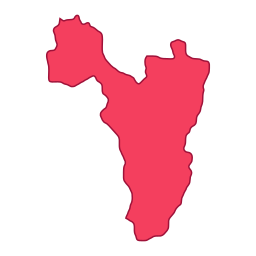 Cevicos, Sánchez Ramírez, Dominican Republic
{"feature_id": "3306468B8786854663218", "entity_name": "Cevicos", "entity_type": "district", "adm_level": 2, "iso_a3": "DOM", "parent_name": "Dominican Republic", "parent_adm1": "Sánchez Ramírez", "projection": "natural_earth1", "projection_center": [-70.001, 19.019], "detail": "fine", "context": "isolated", "style": "filled", "palette": "rose", "viewbox_px": 256, "rotation_deg": 0, "n_neighbors": 0, "source": "geoboundaries", "source_scale": "gbopen_adm2", "svg_char_len": 5712}
<svg xmlns="http://www.w3.org/2000/svg" viewBox="0 0 256 256"><path d="M80.9,22.0L80.1,20.7L79.6,19.8L79.3,18.8L78.9,16.9L78.5,16.1L78.2,15.7L77.9,15.5L77.4,15.4L77.0,15.4L76.6,15.5L75.9,15.9L75.0,16.9L74.2,18.4L73.9,18.7L73.1,19.2L72.1,19.5L67.2,19.9L66.2,20.1L64.6,20.7L63.8,20.8L63.4,20.8L62.6,20.4L60.0,18.6L59.4,22.9L59.1,24.0L58.8,24.5L58.2,25.3L57.5,25.9L55.5,27.1L54.8,27.6L54.1,28.4L53.9,28.8L53.6,29.8L53.5,30.3L53.6,31.4L54.8,34.6L55.1,35.7L55.5,39.2L55.7,40.3L56.9,43.6L57.1,44.6L57.0,45.2L56.8,46.2L56.4,47.1L55.5,48.8L55.0,49.5L54.7,49.9L54.2,50.1L53.3,50.4L50.2,50.7L49.1,51.1L48.3,51.6L47.6,52.3L47.1,53.2L46.8,54.3L46.7,56.1L46.8,57.3L47.0,58.6L47.6,61.1L48.0,63.2L48.5,65.1L48.7,66.3L48.8,67.5L48.9,70.6L48.7,77.4L48.8,79.1L49.0,80.1L49.2,80.6L49.5,81.0L49.9,81.4L50.3,81.6L51.3,81.8L52.3,81.9L57.7,81.8L59.4,81.9L60.5,82.0L61.9,82.5L63.6,83.5L64.5,83.9L66.9,84.5L67.9,84.9L70.4,86.2L70.8,86.4L71.8,86.6L73.4,86.5L74.3,86.3L74.8,86.1L76.8,84.9L78.6,84.0L81.1,82.4L82.9,81.6L85.3,80.0L87.2,79.1L89.6,77.5L92.5,76.1L93.2,75.9L93.6,75.9L94.1,76.0L94.4,76.2L95.1,76.8L95.6,77.5L96.6,79.8L97.5,80.9L98.3,81.5L99.5,82.2L100.3,82.8L101.0,83.5L101.6,84.3L102.0,85.3L102.2,86.4L102.3,91.0L102.5,92.0L102.8,93.0L103.0,93.4L103.3,93.8L105.6,95.5L106.7,96.7L107.4,97.6L108.0,98.5L108.2,99.1L108.3,99.6L108.3,100.7L108.1,101.8L107.2,104.0L106.5,106.5L106.1,107.4L105.6,108.1L104.0,109.2L102.8,110.3L102.1,111.0L101.4,111.9L100.8,112.8L100.5,113.9L100.5,115.0L100.5,115.6L100.9,116.6L102.3,119.8L102.6,120.3L103.2,121.1L103.8,121.9L104.6,122.5L106.3,123.4L107.2,124.0L108.9,125.6L117.0,134.6L118.1,136.0L118.7,137.0L118.9,137.6L119.2,138.8L119.4,140.0L119.4,146.2L119.5,147.4L119.7,148.6L120.0,149.7L121.1,152.0L121.9,154.0L123.3,156.7L124.1,158.8L124.9,160.6L125.3,161.5L125.3,162.0L125.3,163.1L125.3,163.7L124.9,164.6L124.3,165.9L124.0,166.9L123.8,168.1L123.7,169.3L123.6,172.4L123.6,176.2L123.6,178.0L123.9,179.8L124.3,180.9L125.0,181.9L126.0,183.3L128.4,186.0L129.4,187.5L131.6,192.3L131.8,192.8L132.1,193.9L132.2,195.6L132.3,198.0L132.2,199.7L131.9,201.5L131.6,202.5L130.6,204.8L130.3,205.9L129.9,208.1L129.6,209.1L128.3,211.9L127.6,214.0L126.5,216.3L126.1,217.3L125.9,218.2L127.8,219.2L129.8,220.6L132.0,221.7L132.8,222.4L133.4,223.1L133.9,224.0L134.1,224.6L134.3,225.8L134.4,227.0L134.4,230.8L134.6,232.6L134.9,233.7L135.9,236.1L136.5,238.3L136.9,239.3L137.3,239.7L137.6,240.0L138.4,240.3L139.5,240.5L142.4,240.6L143.9,240.6L145.5,240.5L146.5,240.3L147.4,239.9L149.5,238.7L151.3,237.8L153.3,236.6L154.2,236.3L155.8,236.0L160.4,235.9L161.5,235.6L162.4,235.2L163.3,234.6L164.1,233.9L165.2,232.7L167.0,230.6L167.6,229.6L168.1,228.6L168.4,227.5L168.5,226.3L168.6,222.3L168.6,221.1L168.8,220.0L169.2,218.9L170.1,217.5L173.0,214.1L174.0,212.8L174.5,211.9L175.4,209.9L176.3,208.4L177.0,207.6L178.1,206.4L178.9,205.7L180.4,204.6L180.7,204.2L180.9,203.8L181.2,202.9L181.6,199.1L181.8,198.0L182.0,197.5L183.1,195.2L184.1,192.7L186.0,189.3L186.3,188.3L186.7,187.4L188.6,184.7L189.2,183.7L189.6,182.7L189.8,181.5L190.2,178.1L190.3,177.0L190.7,176.0L191.4,174.2L191.5,173.7L191.6,172.6L191.4,171.6L191.0,170.6L189.2,168.1L188.9,167.2L188.8,166.6L188.9,166.1L189.2,165.2L191.0,162.7L191.6,161.7L191.8,161.1L192.0,160.0L192.1,158.9L192.2,157.7L192.1,156.5L191.9,155.4L191.4,154.4L190.8,153.6L190.0,153.0L189.2,152.6L186.3,152.0L185.5,151.5L184.8,150.9L184.4,150.5L184.0,149.6L183.8,148.6L183.9,147.5L184.3,146.6L185.0,144.8L185.4,143.2L185.5,141.4L185.6,138.5L185.8,136.8L186.1,135.7L186.3,135.2L186.9,134.4L187.5,133.7L188.9,132.6L189.4,131.9L189.7,131.0L190.2,129.1L190.4,128.6L190.9,127.7L191.9,126.7L194.3,125.2L195.0,124.5L195.6,123.7L195.8,123.3L196.1,122.2L196.3,121.1L196.5,118.3L196.7,117.1L196.9,116.6L197.3,115.6L199.3,112.8L200.1,111.3L200.4,110.3L201.0,107.0L202.0,104.3L202.4,102.5L202.6,101.3L202.8,95.6L203.0,93.8L203.2,92.7L203.7,90.9L203.8,90.0L203.7,89.2L203.3,87.9L203.2,87.0L203.2,85.9L203.3,85.4L203.6,84.5L204.4,82.6L205.2,80.6L206.6,77.9L207.4,75.9L208.5,73.6L208.9,72.5L209.1,71.3L209.3,68.2L209.3,66.4L209.3,64.6L209.1,63.5L208.9,63.0L208.7,62.5L208.4,62.1L208.0,61.7L207.1,61.3L204.0,60.9L203.0,60.6L200.8,59.6L199.9,59.2L198.3,59.0L194.4,58.7L192.7,58.5L191.3,57.9L187.9,56.0L187.2,55.4L186.5,54.6L186.1,53.7L185.9,53.1L185.7,51.9L185.6,50.7L185.6,45.3L185.5,44.1L185.2,43.1L184.9,42.7L184.2,42.1L181.6,41.2L179.6,40.2L178.6,39.9L177.6,39.9L177.1,40.0L176.2,40.3L174.6,41.1L172.1,42.0L171.4,42.5L171.1,43.0L170.8,43.9L170.7,45.0L170.9,46.0L171.0,46.6L172.2,49.3L172.6,50.4L173.2,53.1L174.3,55.6L174.5,56.1L174.5,57.0L174.4,57.5L174.1,58.0L173.7,58.3L173.3,58.6L172.3,58.8L170.7,58.9L163.0,58.6L161.8,58.4L160.7,58.2L159.7,57.8L157.6,56.7L156.0,56.3L153.0,56.1L146.9,56.1L145.9,57.7L145.5,58.6L145.3,59.1L145.1,60.2L145.0,61.8L145.1,63.4L145.2,64.5L145.4,65.4L146.0,67.2L146.2,68.1L146.1,68.9L145.6,70.6L145.5,71.9L145.6,72.7L145.8,73.1L146.3,74.4L146.6,75.2L146.7,76.0L146.6,76.7L146.2,77.4L144.0,79.2L141.0,82.3L139.9,83.3L139.1,83.8L138.6,83.8L138.2,83.7L137.8,83.6L137.0,83.0L136.0,82.0L134.9,80.3L134.0,78.6L133.8,78.2L133.1,77.6L130.7,76.1L129.9,75.6L128.9,75.3L126.5,74.7L125.6,74.4L123.4,73.2L122.5,72.9L120.5,72.5L119.6,72.1L119.1,71.8L118.2,71.2L115.3,68.7L113.1,67.4L112.3,66.7L111.0,65.6L109.8,64.3L106.7,60.8L105.3,59.0L104.8,58.0L104.0,56.0L103.1,54.1L102.7,53.2L102.5,52.6L102.4,51.4L102.2,49.6L102.2,46.5L102.4,39.5L102.3,37.2L102.2,36.1L102.0,35.0L101.8,34.4L101.3,33.5L101.0,33.1L100.3,32.4L99.5,31.9L97.8,30.9L94.8,28.4L93.9,27.8L93.0,27.3L91.3,26.7L90.5,26.3L90.0,25.6L89.3,23.7L89.1,23.4L88.8,23.1L88.5,22.9L88.1,22.8L87.3,22.8L86.5,23.1L85.0,23.9L84.1,24.2L83.2,24.2L82.4,24.0L81.6,23.5L81.2,22.8L80.9,22.0Z" fill="#f43f5e" stroke="#9f1239" stroke-width="1.5"/></svg>